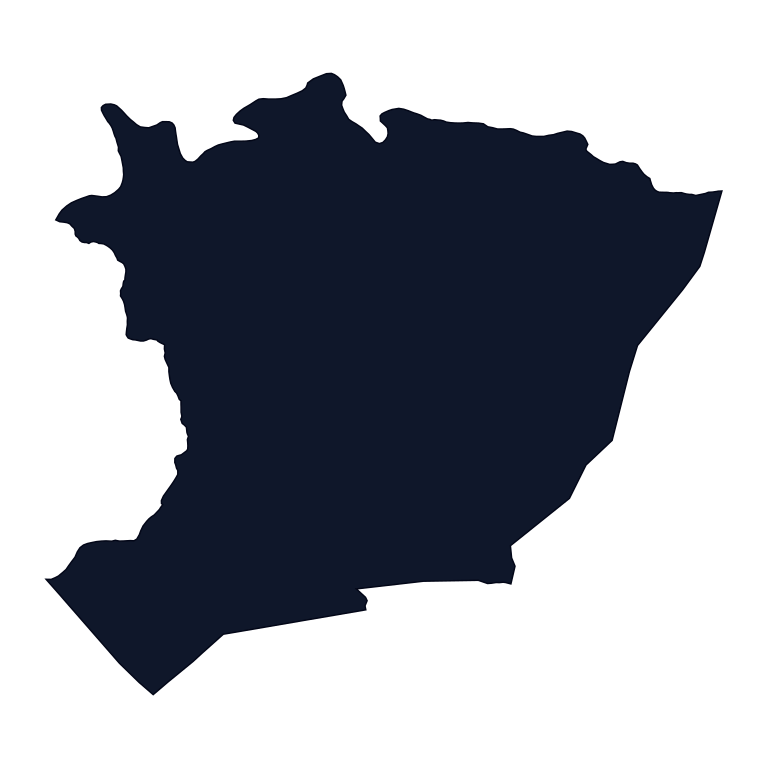 the district of San Vicente Coatlán, Oaxaca, Mexico, rotated 90°
{"feature_id": "50627088B21982561063626", "entity_name": "San Vicente Coatlán", "entity_type": "district", "adm_level": 2, "iso_a3": "MEX", "parent_name": "Mexico", "parent_adm1": "Oaxaca", "projection": "natural_earth1", "projection_center": [-96.852, 16.376], "detail": "fine", "context": "isolated", "style": "filled", "palette": "ink", "viewbox_px": 768, "rotation_deg": 90, "n_neighbors": 0, "source": "geoboundaries", "source_scale": "gbopen_adm2", "svg_char_len": 5966}
<svg xmlns="http://www.w3.org/2000/svg" viewBox="0 0 768 768"><g transform="rotate(90 384 384)"><path d="M191.0,46.1L191.2,50.1L191.3,50.2L192.1,55.5L192.3,59.6L193.5,62.6L194.3,66.5L195.5,72.2L194.4,76.3L194.4,78.7L194.0,81.7L193.4,84.1L192.7,86.4L192.7,88.3L192.8,90.1L192.7,91.8L193.0,94.5L192.7,98.6L192.4,100.1L192.3,105.5L192.2,108.9L191.2,111.3L190.0,113.0L188.2,114.6L184.9,116.3L180.7,117.6L178.5,118.2L176.8,121.0L174.2,124.1L171.6,126.2L168.5,128.4L165.0,130.6L163.9,132.5L163.2,135.0L163.2,138.5L162.7,141.7L161.4,145.2L161.8,148.0L163.2,150.9L163.9,152.2L164.2,153.8L164.4,158.3L162.5,164.5L160.7,167.9L158.7,171.2L156.7,174.6L154.6,176.9L151.1,181.3L149.1,182.2L144.4,180.2L141.2,181.7L138.0,183.3L135.8,185.2L134.0,188.0L133.2,190.8L131.5,196.4L131.1,200.9L132.1,205.0L133.4,210.5L134.7,214.5L135.3,219.2L136.4,224.0L136.4,228.2L136.4,232.0L136.0,235.8L134.2,240.9L132.9,244.7L132.2,247.9L130.4,251.5L129.1,254.7L128.7,257.8L128.9,261.8L129.0,265.5L129.0,270.5L127.7,275.4L126.8,280.2L123.8,284.6L123.1,289.6L122.9,295.2L122.5,300.0L123.0,305.0L123.1,309.1L123.0,313.2L122.7,317.6L122.1,321.7L121.0,324.3L120.2,327.4L120.0,330.2L119.7,333.5L120.2,336.3L119.4,338.0L118.9,340.5L116.8,344.4L115.3,347.1L113.8,351.2L113.0,353.9L112.1,356.3L110.8,359.5L109.2,364.3L108.4,369.2L109.5,375.9L110.7,379.4L112.5,383.5L113.9,386.1L116.0,387.9L118.1,387.7L121.0,387.6L122.9,385.5L125.5,382.7L127.8,380.6L130.8,380.1L133.6,379.9L136.8,380.6L139.9,382.6L142.5,385.2L143.6,388.6L142.2,392.7L137.1,396.9L134.4,399.2L131.6,402.2L128.1,405.8L125.9,409.1L123.9,412.0L121.6,416.0L119.3,419.3L115.7,421.4L112.0,423.8L108.3,425.3L105.2,426.4L101.2,426.0L98.8,424.2L95.2,422.1L91.9,422.9L88.5,423.8L85.4,424.8L82.9,425.9L79.8,427.3L76.8,430.4L74.7,433.5L73.4,436.6L73.7,441.6L76.2,448.0L78.9,454.7L81.6,458.4L83.0,460.3L85.2,460.9L88.0,462.2L90.8,465.8L93.2,470.9L95.4,476.2L97.7,481.5L98.8,487.1L99.1,492.9L99.1,499.2L98.7,504.8L99.2,509.1L100.8,512.0L104.6,517.8L108.3,524.2L111.0,527.9L114.4,531.6L117.4,534.0L120.3,534.7L123.1,533.0L123.9,529.5L125.0,524.5L127.1,520.2L130.1,514.5L131.4,512.1L133.0,510.4L135.2,509.2L137.8,509.3L139.4,512.2L140.5,516.3L141.1,522.1L141.2,526.2L141.2,530.4L141.2,533.5L141.9,537.3L142.7,540.7L144.0,546.0L145.0,549.7L146.5,553.0L148.7,557.0L150.3,560.6L151.7,563.0L153.7,564.8L155.9,567.2L159.0,570.0L161.3,572.8L162.2,575.1L161.8,580.8L160.4,582.9L158.0,585.3L153.6,587.7L148.4,589.3L144.4,590.5L139.8,591.2L136.9,591.6L134.6,592.0L131.2,592.5L127.8,592.9L124.9,594.2L123.0,595.9L121.8,598.6L121.7,601.3L121.7,605.6L122.7,607.8L125.0,611.2L126.4,615.2L127.8,619.2L127.5,623.2L126.9,627.7L124.6,631.5L122.0,634.5L119.5,637.6L116.0,641.2L113.0,643.9L110.2,646.5L108.3,648.6L105.9,651.3L104.8,653.7L104.0,657.2L104.3,662.4L105.6,664.9L107.5,666.6L110.2,666.5L113.1,665.1L115.8,663.7L117.7,662.5L119.7,661.3L121.6,660.2L122.9,659.0L125.4,657.2L128.0,655.8L131.2,654.7L133.6,654.0L136.2,653.1L138.3,652.0L141.9,651.1L147.1,649.5L150.8,649.7L152.9,648.7L156.4,646.9L159.2,646.3L163.5,645.5L167.8,644.7L171.3,644.6L174.6,644.3L177.4,644.6L180.4,645.1L182.9,645.8L186.7,647.3L189.3,649.4L192.7,653.3L195.1,657.2L196.7,661.4L196.9,665.9L196.2,670.6L195.7,674.5L195.5,676.2L195.8,678.7L197.1,682.4L198.4,686.2L200.3,691.0L202.8,696.6L205.9,701.2L210.0,705.9L213.6,708.6L217.8,711.0L219.9,712.2L221.7,708.3L222.1,704.4L222.7,700.8L223.8,698.2L226.4,695.9L228.4,693.7L231.3,692.8L234.1,692.8L235.9,692.1L237.0,690.6L238.3,689.3L240.5,688.1L242.0,686.0L242.5,683.5L242.5,681.5L243.4,679.1L242.1,677.3L241.5,674.6L241.9,672.6L242.5,670.5L243.4,669.2L243.5,667.0L243.9,664.3L245.1,662.0L246.1,660.3L248.0,657.7L250.1,655.5L252.6,653.8L255.7,652.4L257.9,651.1L260.1,650.3L261.5,647.9L262.4,646.1L263.8,644.3L266.5,643.0L269.2,642.1L272.0,642.1L274.3,642.5L277.7,643.0L280.0,643.1L281.2,644.3L283.0,644.7L286.4,645.1L288.9,646.7L290.8,647.5L293.6,647.3L295.9,647.5L298.9,645.6L301.4,644.4L304.7,643.4L307.8,642.9L311.3,642.4L313.6,641.6L315.9,640.9L317.9,640.5L321.4,640.7L324.9,640.6L328.6,641.2L332.2,641.6L334.7,641.8L336.2,641.0L338.0,639.8L338.8,637.9L339.7,635.2L339.9,632.7L341.0,627.4L341.0,624.6L340.1,621.6L339.0,619.3L338.6,617.1L339.3,614.6L339.9,611.2L341.1,610.2L342.5,608.0L343.5,606.0L344.7,603.4L349.0,603.6L352.9,602.8L356.3,603.6L359.5,602.8L363.4,601.0L365.3,600.1L367.4,599.1L371.8,599.1L376.5,598.5L379.7,598.0L383.3,597.2L387.3,595.5L391.3,593.2L393.1,591.4L395.7,590.1L399.4,588.7L400.8,587.0L404.0,587.0L407.2,586.9L412.3,586.9L415.7,586.2L417.2,586.3L419.3,587.2L423.4,585.8L425.0,583.7L427.2,581.6L430.2,581.3L432.7,581.0L434.7,580.3L436.2,579.5L439.6,580.6L442.5,580.3L445.9,580.1L449.1,580.3L450.8,581.3L452.8,584.0L454.8,586.7L455.5,589.3L456.1,591.2L458.4,593.1L462.5,593.2L464.8,592.3L468.1,591.5L470.5,590.2L474.5,590.2L477.9,592.1L481.6,594.4L485.3,596.9L488.8,599.4L491.9,601.6L496.1,604.6L500.6,606.6L503.5,606.5L504.7,605.3L507.7,607.5L509.4,608.5L512.8,611.7L515.0,613.8L516.9,616.7L518.8,619.0L521.3,621.3L523.1,622.7L525.9,624.9L530.7,627.2L534.8,628.7L539.1,631.2L540.8,634.1L540.6,637.6L540.8,641.1L541.0,644.7L541.1,648.5L540.7,650.8L540.3,652.7L540.7,654.2L541.2,656.2L540.9,662.0L541.1,666.2L541.2,667.3L541.6,671.4L542.5,675.9L543.5,680.4L544.9,684.2L545.1,684.6L547.7,688.0L551.7,690.6L553.3,691.3L557.2,693.0L561.8,696.5L565.8,699.4L569.5,701.9L573.5,706.5L574.2,707.4L576.0,709.5L577.7,712.8L579.4,716.8L579.3,721.9L584.3,717.5L587.1,715.0L592.9,709.9L595.7,707.4L599.9,703.8L663.3,648.5L682.5,628.8L694.6,614.8L681.8,599.8L661.4,574.9L653.4,566.2L637.7,548.6L634.2,544.7L631.8,530.5L621.0,467.6L609.8,402.2L605.8,403.0L600.7,400.9L597.3,402.5L588.9,411.7L581.2,344.5L580.3,289.7L583.5,280.4L583.2,276.5L582.5,271.9L582.6,268.5L582.2,264.9L582.5,262.5L583.9,257.1L566.2,253.0L557.9,256.4L545.7,257.6L499.1,199.5L498.4,198.6L465.0,182.0L445.0,160.8L442.9,158.6L440.4,155.9L371.6,138.6L345.5,130.5L289.8,85.4L266.4,68.2L252.5,63.7L191.0,46.1Z" fill="#0f172a" stroke="#020617" stroke-width="1.5"/></g></svg>